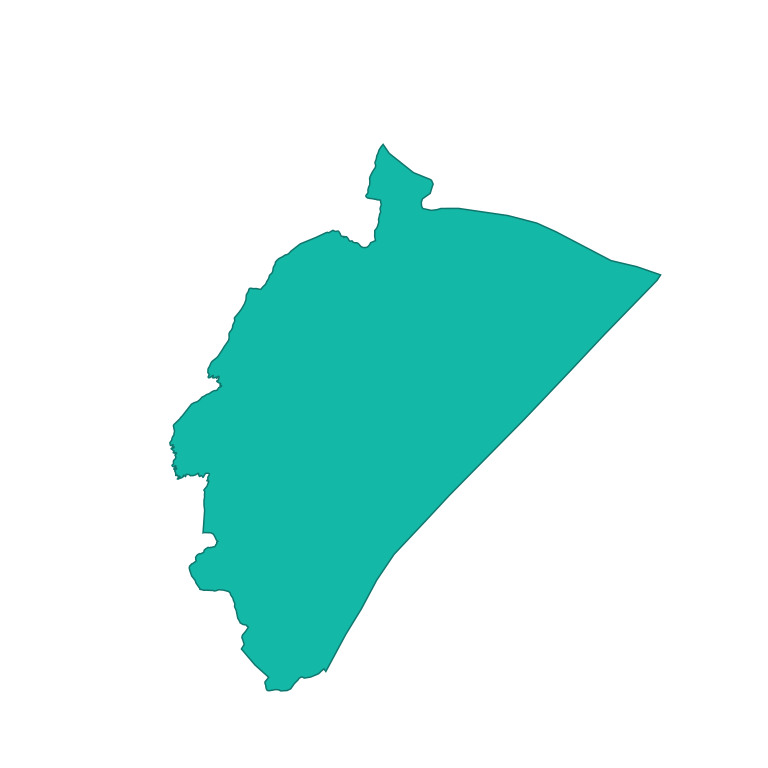 Suaman, Western, Ghana, rotated 231°
{"feature_id": "2480657B41275879010095", "entity_name": "Suaman", "entity_type": "district", "adm_level": 2, "iso_a3": "GHA", "parent_name": "Ghana", "parent_adm1": "Western", "projection": "equal_earth", "projection_center": [-2.977, 6.108], "detail": "fine", "context": "isolated", "style": "filled", "palette": "teal", "viewbox_px": 768, "rotation_deg": 231, "n_neighbors": 0, "source": "geoboundaries", "source_scale": "gbopen_adm2", "svg_char_len": 6159}
<svg xmlns="http://www.w3.org/2000/svg" viewBox="0 0 768 768"><g transform="rotate(231 384 384)"><path d="M570.8,534.1L570.2,531.0L568.9,527.2L567.1,524.6L565.8,521.9L563.7,519.6L562.0,516.6L561.5,516.1L559.6,515.3L558.8,514.8L558.1,514.0L557.5,512.9L557.1,511.3L555.8,507.7L554.1,504.1L553.1,502.5L552.5,501.9L550.6,500.7L547.8,498.2L547.4,497.6L546.8,496.1L545.1,493.9L544.5,493.2L543.5,492.7L543.0,492.2L542.6,491.6L541.9,488.7L541.4,488.1L540.2,488.0L539.1,488.2L537.1,489.8L535.4,491.5L533.7,492.9L531.9,494.5L531.5,494.5L530.6,495.6L529.1,496.9L526.6,495.4L525.3,495.0L522.9,491.4L519.9,489.7L519.4,489.3L518.9,487.8L518.1,486.7L517.6,486.4L515.4,483.3L513.5,482.2L513.0,481.8L510.8,478.5L509.7,476.4L509.1,473.4L507.2,471.9L504.8,469.8L500.8,467.6L502.2,462.5L501.2,460.1L500.8,457.2L502.0,455.1L502.8,454.1L503.6,453.4L505.3,452.6L509.5,452.4L510.9,451.7L512.3,450.0L513.9,449.1L514.3,449.3L515.4,449.2L516.4,447.4L516.9,447.2L520.5,447.7L522.1,447.5L522.5,446.6L523.2,446.4L523.0,445.3L523.2,445.0L524.4,445.2L525.3,444.1L525.9,443.9L527.0,444.0L528.3,444.5L530.6,444.8L531.4,444.8L532.2,444.0L532.8,442.6L534.0,441.7L535.5,441.1L535.9,439.3L536.2,436.4L536.4,436.1L537.1,435.8L537.6,435.3L538.1,434.0L540.7,423.4L545.6,407.1L545.8,395.2L545.5,393.5L545.3,391.6L545.5,390.5L546.4,388.5L546.7,386.2L546.7,385.6L547.6,381.3L547.5,378.8L547.0,376.3L545.7,374.9L544.6,372.1L544.0,371.0L541.8,368.7L541.2,367.7L540.8,366.7L540.5,363.4L538.9,361.2L538.4,360.3L537.5,357.6L536.1,354.9L535.7,350.7L535.2,348.5L535.3,347.7L535.6,347.2L538.5,344.9L540.3,342.5L542.5,340.5L542.8,339.5L542.7,338.8L541.3,336.8L540.1,333.5L539.7,332.9L536.4,329.8L534.1,326.0L532.0,320.6L530.9,316.4L529.7,310.3L529.4,309.2L527.2,307.9L526.4,306.8L525.3,304.2L524.3,302.8L523.3,302.0L522.6,300.7L522.0,299.5L521.7,297.8L521.3,296.5L520.8,295.5L519.9,294.6L517.5,292.9L516.0,291.0L515.4,289.7L513.5,283.0L512.6,280.7L510.0,272.6L509.7,270.7L509.8,265.2L509.6,263.9L509.3,262.9L507.3,259.1L506.8,257.4L506.2,256.5L503.7,254.3L502.5,254.3L501.5,254.2L501.2,253.8L500.1,251.7L499.4,251.6L499.0,251.8L498.5,253.0L498.3,256.5L497.9,256.5L497.1,255.6L496.7,254.8L496.4,254.9L495.4,256.3L495.0,257.9L494.6,258.0L493.9,257.6L493.8,258.1L494.3,259.1L494.3,259.9L493.9,260.4L493.2,260.3L492.0,258.5L491.3,257.8L491.3,257.3L491.5,257.0L491.5,256.8L491.3,256.4L491.5,255.9L491.2,255.7L489.1,256.3L487.2,257.3L486.7,256.9L486.5,255.9L485.7,255.9L485.0,256.6L484.7,256.6L484.6,256.4L484.6,255.0L484.8,254.8L485.2,255.0L485.0,254.2L485.1,253.2L484.6,251.4L484.5,250.7L484.2,250.1L485.3,248.4L485.9,247.1L486.3,245.1L486.5,242.1L487.5,239.3L487.6,237.3L488.3,234.3L487.7,230.6L487.8,227.7L489.0,224.6L489.5,221.6L486.1,207.0L485.9,204.9L485.4,203.3L484.7,195.4L484.4,194.4L483.9,193.9L479.1,191.5L478.5,190.8L477.7,189.7L476.6,188.6L476.2,187.1L475.6,185.7L473.9,183.5L473.5,181.7L473.0,180.5L472.3,180.3L471.4,179.6L470.6,179.4L470.0,180.6L469.7,181.5L469.4,181.8L468.9,181.1L468.4,179.8L468.2,179.6L467.9,179.6L467.6,181.0L467.4,181.2L467.0,181.2L466.7,180.9L466.7,180.3L466.9,179.7L467.7,178.4L467.7,177.9L467.4,177.8L466.4,178.2L463.7,178.5L463.4,178.3L463.5,177.2L463.3,177.0L462.3,177.4L462.0,177.9L461.6,179.1L461.4,179.3L461.0,179.3L460.6,178.7L460.3,176.8L458.6,176.4L458.0,176.1L457.6,175.6L457.2,174.5L457.0,172.5L456.4,171.6L454.5,170.2L454.3,169.7L454.4,168.5L454.0,167.9L453.2,167.9L452.4,168.1L452.0,168.6L451.8,170.5L451.3,170.7L450.5,169.9L450.4,167.8L450.3,167.3L450.0,167.1L449.6,167.2L449.4,169.5L448.9,169.8L448.6,169.4L448.4,167.2L448.0,166.6L446.5,166.3L445.7,165.9L444.0,164.6L443.8,164.7L443.6,165.0L443.5,165.9L442.9,166.1L442.2,165.8L441.7,165.9L440.9,167.0L440.4,167.1L440.2,166.9L440.2,165.8L440.6,164.9L440.6,164.2L440.2,163.7L439.6,164.2L439.4,165.3L438.6,167.3L438.4,168.4L438.3,169.7L439.1,170.4L439.1,170.9L439.0,171.1L437.1,171.4L437.2,172.1L437.4,172.4L437.9,172.7L438.2,173.1L438.1,173.7L437.2,174.4L436.5,175.5L434.6,175.8L434.2,176.1L433.9,177.0L433.0,177.8L432.0,180.3L431.7,182.3L431.7,183.2L431.5,183.4L431.1,183.5L430.6,183.1L428.5,182.4L428.1,182.6L427.9,184.3L426.8,184.7L425.9,184.5L425.4,184.6L425.4,185.0L426.5,187.8L426.8,189.2L425.4,191.1L424.5,191.7L424.3,191.8L423.9,191.6L423.0,190.2L422.4,188.4L420.7,187.1L420.5,185.7L420.1,185.5L419.0,186.6L418.6,186.5L415.9,182.0L415.2,178.0L414.7,177.1L413.2,177.1L411.2,175.0L409.2,173.5L408.2,172.5L407.0,171.0L402.9,167.7L398.9,165.3L382.2,149.7L382.0,150.3L381.4,151.1L378.4,154.6L377.3,155.8L375.8,156.5L374.5,156.9L372.0,156.5L368.0,155.5L366.9,155.8L366.3,155.7L366.4,155.0L366.4,154.5L365.5,153.8L365.0,153.2L365.0,152.5L364.1,150.4L364.3,149.6L364.9,148.9L365.3,147.5L365.4,147.1L366.0,146.8L366.2,146.3L366.2,145.9L366.5,145.5L367.8,144.4L367.9,142.9L368.1,142.3L368.0,139.6L366.9,138.5L366.8,138.0L366.8,137.3L367.4,134.7L368.1,134.1L368.6,132.3L368.6,131.0L368.4,130.1L367.8,128.5L366.8,127.9L366.4,127.4L365.0,126.9L364.7,126.2L364.8,122.6L365.2,121.6L364.8,118.4L363.7,116.9L361.5,115.8L355.8,113.7L350.2,113.6L347.4,112.6L340.4,112.1L340.2,111.8L338.1,113.5L337.2,114.0L335.8,115.9L331.2,121.1L329.8,122.0L328.8,124.0L328.2,126.0L324.9,129.5L320.4,132.7L318.4,132.9L316.5,132.1L312.7,131.8L310.6,130.8L307.2,129.9L305.0,127.7L301.1,126.7L294.1,123.0L289.9,122.3L289.0,121.9L285.8,123.1L283.2,125.4L282.0,125.1L280.5,125.6L279.7,123.7L278.8,120.5L278.0,116.3L277.3,115.0L276.1,113.8L274.7,113.5L269.6,111.5L267.8,106.4L246.7,106.9L228.8,109.8L228.0,107.0L227.5,104.3L226.6,103.3L224.2,102.4L221.9,101.0L220.1,100.4L218.9,100.7L217.6,102.2L214.7,107.5L212.6,109.7L210.5,110.6L206.8,115.7L205.8,119.6L207.6,125.9L208.1,130.9L208.7,132.9L208.4,135.2L207.5,136.2L205.6,137.0L202.4,142.6L200.0,150.9L200.1,152.8L200.3,153.6L200.4,158.1L197.2,157.9L213.5,196.8L223.5,225.0L236.2,255.0L245.3,284.7L251.6,331.3L256.4,365.0L268.3,470.9L277.2,538.8L283.7,586.2L292.7,661.4L294.7,667.6L315.9,654.4L337.0,638.1L394.4,613.3L412.9,604.0L436.9,586.3L473.6,552.4L484.5,538.8L486.2,534.8L489.1,530.1L495.9,524.6L498.5,525.1L501.7,527.3L503.7,530.4L503.1,539.9L507.3,546.1L508.4,548.0L512.4,549.1L513.8,548.7L529.7,539.9L559.9,533.2L570.8,534.1Z" fill="#14b8a6" stroke="#0f766e" stroke-width="1.5"/></g></svg>